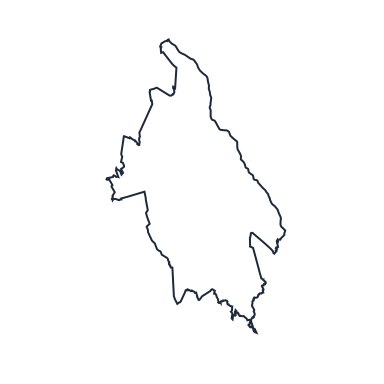 Praulienas pag., Madona, Latvia, rotated 254°
{"feature_id": "27541924B69241742641881", "entity_name": "Praulienas pag.", "entity_type": "district", "adm_level": 2, "iso_a3": "LVA", "parent_name": "Latvia", "parent_adm1": "Madona", "projection": "natural_earth1", "projection_center": [26.349, 56.815], "detail": "fine", "context": "isolated", "style": "outline", "palette": "slate", "viewbox_px": 384, "rotation_deg": 254, "n_neighbors": 0, "source": "geoboundaries", "source_scale": "gbopen_adm2", "svg_char_len": 5913}
<svg xmlns="http://www.w3.org/2000/svg" viewBox="0 0 384 384"><g transform="rotate(254 192 192)"><path d="M345.1,211.6L345.0,210.6L343.9,209.9L344.3,209.3L344.3,208.9L344.3,207.5L344.1,206.6L343.6,205.2L343.3,203.6L342.0,202.8L341.9,202.5L340.8,201.6L339.8,202.4L339.3,201.5L338.6,201.7L337.0,201.1L336.8,201.2L334.3,200.7L334.4,202.7L320.7,208.2L318.3,209.5L315.8,211.3L296.5,204.4L298.4,203.0L297.2,202.4L295.9,203.0L292.9,202.6L290.9,200.9L290.9,200.7L291.3,200.3L290.4,198.9L290.8,197.1L302.0,186.9L301.7,183.6L301.8,180.7L301.7,179.7L300.1,179.3L299.8,178.8L291.1,177.8L291.0,178.5L287.3,178.0L264.6,158.7L264.0,158.0L263.1,157.7L259.4,157.1L258.4,156.1L257.7,156.0L256.9,155.5L254.6,155.5L251.9,154.3L252.0,154.1L251.8,153.7L252.9,152.7L253.4,153.1L257.0,151.6L256.9,151.4L257.2,151.4L258.2,150.1L261.6,147.5L260.8,146.9L264.4,142.1L264.4,141.9L248.2,134.5L247.4,134.4L245.0,134.6L240.4,132.0L239.1,133.6L235.7,133.9L235.2,133.7L234.8,133.4L233.7,130.2L229.4,131.0L228.1,129.0L231.5,128.7L232.1,128.7L234.2,126.4L235.7,125.9L233.6,124.8L226.7,125.3L227.3,124.4L227.3,123.7L227.5,123.2L229.2,122.0L229.6,121.3L229.3,120.8L228.5,120.4L228.2,120.1L228.7,114.1L228.6,113.9L227.7,113.3L227.2,113.7L227.2,114.3L226.9,114.6L226.9,115.9L220.5,117.4L219.8,116.3L219.5,116.1L213.1,117.7L210.2,114.5L209.4,114.7L207.3,113.0L206.6,113.4L205.9,113.4L206.7,114.4L206.9,114.9L206.4,116.6L204.3,119.5L204.2,119.8L204.3,120.0L204.6,120.2L204.3,122.1L205.3,122.2L205.2,128.9L205.4,146.4L199.2,145.9L197.3,145.5L186.9,144.5L186.5,144.3L185.0,142.4L184.4,142.0L180.2,142.0L173.2,142.5L173.0,142.4L172.7,141.9L171.4,139.1L171.2,138.9L170.6,138.7L168.5,139.2L165.3,138.7L156.3,140.1L152.9,142.1L146.7,142.6L144.9,143.8L143.8,145.1L143.2,145.4L140.0,145.7L135.8,149.6L134.6,150.3L132.2,150.3L130.8,150.8L130.4,150.7L130.5,150.5L129.5,150.5L129.1,150.3L129.2,150.1L128.5,150.0L127.7,150.8L127.3,150.9L126.7,150.5L125.2,150.9L125.2,151.8L124.7,152.3L97.0,145.9L94.0,146.0L88.5,147.0L88.9,148.1L89.3,148.7L89.3,150.1L90.0,151.1L98.3,158.3L98.6,158.3L99.3,158.8L99.1,159.5L99.7,160.7L99.7,161.0L99.4,161.2L98.6,161.2L98.7,161.7L98.5,162.0L98.5,162.4L97.0,163.6L96.9,164.1L96.9,164.3L97.3,164.8L96.2,165.6L95.7,166.5L94.7,167.1L94.2,167.1L94.1,168.3L91.4,168.2L91.1,168.4L90.0,168.0L89.5,168.3L89.3,168.1L86.5,168.6L86.2,169.0L86.6,169.9L89.0,173.0L91.7,182.1L92.7,183.7L93.0,184.5L92.9,184.8L90.8,186.7L90.1,186.4L89.9,186.1L88.4,185.3L88.2,185.3L88.4,185.9L88.0,186.4L86.1,186.9L84.7,186.8L81.4,187.5L80.3,187.2L79.2,187.2L78.7,187.0L78.6,186.8L78.3,186.9L77.9,187.3L77.7,187.8L78.1,188.8L77.5,189.0L78.7,189.3L78.9,189.9L79.1,191.5L78.6,191.4L78.7,192.5L78.7,194.4L78.4,194.6L77.8,195.6L76.7,195.9L75.9,195.3L74.2,195.3L73.9,196.2L72.9,196.4L72.0,197.3L71.9,197.7L71.5,197.8L70.9,199.1L67.2,197.8L66.6,197.2L66.2,196.4L64.2,197.4L59.6,195.3L58.4,195.9L62.6,197.7L61.7,198.4L62.2,199.0L62.1,199.6L61.5,199.8L61.8,200.2L63.1,199.9L64.9,200.2L65.1,200.6L66.4,201.3L65.2,201.9L64.2,201.6L63.2,202.1L63.0,202.3L63.2,202.8L62.4,203.2L60.9,203.1L59.8,203.6L59.9,204.3L59.4,204.6L58.4,207.2L58.5,207.5L56.7,208.5L55.6,209.4L54.2,209.9L53.4,209.9L53.3,212.2L53.1,212.8L52.6,212.8L51.3,212.4L50.8,212.5L50.9,212.0L50.8,211.7L50.1,211.4L49.4,211.4L48.6,209.6L46.8,210.3L46.7,210.6L46.0,210.6L45.8,210.9L45.5,212.3L46.3,212.5L46.2,213.0L46.3,213.4L51.3,213.1L53.3,213.9L54.6,215.2L54.3,215.4L54.3,216.6L54.6,217.0L55.4,216.9L55.9,217.5L56.1,217.9L56.6,218.4L58.1,218.7L60.0,218.4L60.3,218.4L60.8,219.1L61.3,219.3L63.0,219.0L65.8,218.3L67.0,218.7L68.2,219.4L70.1,219.9L70.5,220.3L70.5,220.5L71.1,220.9L70.9,221.5L71.4,221.7L71.5,221.5L71.9,221.8L72.6,221.8L73.3,222.5L73.4,222.8L72.8,223.2L72.9,224.0L72.6,225.1L73.2,226.5L74.9,227.4L75.3,228.1L75.1,228.5L75.9,229.4L75.3,230.8L75.7,231.3L75.7,232.8L76.8,232.7L77.5,233.2L78.2,233.0L78.4,233.3L78.3,233.7L78.7,233.9L81.0,233.5L81.7,233.2L82.5,233.3L82.8,233.7L82.6,233.9L82.5,235.2L83.4,235.5L83.8,235.9L83.7,236.5L83.8,236.8L83.5,237.1L84.0,237.4L84.2,237.8L84.7,237.5L85.4,237.9L87.6,236.3L88.1,236.5L88.1,236.3L88.5,236.1L88.8,235.8L89.4,235.3L89.7,234.9L90.2,234.8L91.8,234.9L94.4,234.8L101.8,235.0L121.5,235.3L123.6,232.7L124.5,233.1L131.9,235.0L132.5,235.3L132.9,235.8L136.0,237.2L136.4,237.6L136.0,238.9L122.7,247.7L115.4,252.2L112.6,253.5L111.1,253.4L110.0,254.1L112.0,257.0L112.8,256.5L113.7,258.0L114.9,257.1L115.5,257.7L115.5,259.6L121.4,259.9L122.6,261.1L121.2,261.4L122.2,262.0L122.4,263.6L122.0,263.9L123.3,265.3L125.2,268.9L126.7,269.3L129.2,271.0L131.8,269.7L133.5,268.5L135.5,268.0L137.1,268.3L140.8,269.6L141.8,270.1L143.5,270.3L147.7,269.6L150.7,269.5L151.8,269.3L155.7,267.6L157.8,266.0L159.5,265.3L162.6,264.9L165.1,265.0L167.0,264.5L169.0,264.6L171.1,263.6L173.6,262.9L176.0,261.4L182.5,258.2L185.0,258.0L185.3,257.7L186.0,256.7L186.3,255.8L186.7,255.4L187.4,254.9L188.0,254.8L189.7,255.2L191.0,255.1L191.8,254.8L193.3,253.4L195.1,252.1L196.0,252.0L198.2,252.3L198.8,252.2L199.1,252.0L200.4,250.6L200.9,250.3L203.5,250.4L205.4,250.2L207.1,249.6L209.6,248.1L210.1,248.0L210.9,248.2L212.3,248.9L213.9,249.0L215.8,248.7L220.1,247.7L220.8,247.6L223.6,248.1L227.0,249.1L227.6,249.2L228.4,249.0L231.7,246.7L235.0,244.7L235.6,244.4L239.5,244.1L240.8,243.3L241.7,242.3L242.2,240.6L243.8,236.8L244.2,236.3L244.9,235.7L250.0,234.5L251.8,234.2L254.1,233.5L254.7,233.0L255.7,231.5L256.8,230.9L258.7,230.7L259.7,230.8L265.5,232.5L266.0,232.5L267.4,232.2L268.0,232.2L269.0,232.6L270.5,233.8L272.6,234.4L276.0,236.0L277.5,236.5L280.2,236.2L283.2,236.7L286.6,236.6L289.5,237.6L295.0,237.9L296.9,238.3L298.5,238.1L299.9,237.5L303.0,235.2L306.4,233.2L310.1,232.1L312.5,232.1L313.9,231.8L318.5,230.1L319.5,229.0L320.4,227.5L325.8,223.0L328.7,219.6L330.0,218.5L331.4,217.9L336.6,216.5L337.5,216.0L340.2,213.5L341.3,212.8L343.2,211.8L345.1,211.6ZM40.9,213.1L39.7,214.1L38.9,215.2L42.8,214.6L42.8,213.8L44.8,213.4L45.1,213.0L40.9,213.1Z" fill="none" stroke="#1e293b" stroke-width="2"/></g></svg>